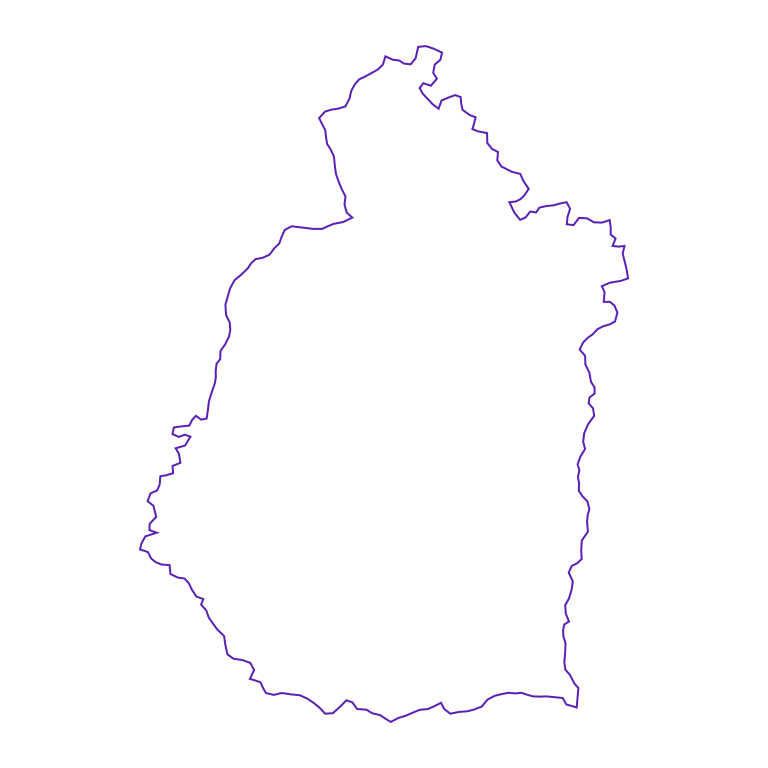 Iguatama, Minas Gerais, Brazil
{"feature_id": "56859067B53115482871784", "entity_name": "Iguatama", "entity_type": "district", "adm_level": 2, "iso_a3": "BRA", "parent_name": "Brazil", "parent_adm1": "Minas Gerais", "projection": "orthographic", "projection_center": [-45.749, -20.135], "detail": "fine", "context": "isolated", "style": "outline", "palette": "violet", "viewbox_px": 768, "rotation_deg": 0, "n_neighbors": 0, "source": "geoboundaries", "source_scale": "gbopen_adm2", "svg_char_len": 3817}
<svg xmlns="http://www.w3.org/2000/svg" viewBox="0 0 768 768"><path d="M625.0,262.6L622.7,253.7L624.5,246.0L618.5,246.6L612.6,245.9L615.6,238.4L610.7,234.6L610.7,227.1L609.7,220.1L602.0,222.6L594.0,222.3L586.9,218.3L579.0,217.9L573.6,225.1L566.8,224.3L567.5,217.0L570.1,208.7L566.6,202.2L559.2,203.7L553.8,205.3L546.8,206.0L539.4,207.6L536.0,212.5L530.3,211.5L525.4,217.6L520.1,219.8L514.3,212.6L509.4,202.2L515.4,201.6L520.5,199.2L524.5,195.2L528.7,188.9L523.5,181.1L520.2,173.9L511.6,171.7L506.6,169.1L501.5,166.6L497.3,160.4L498.0,152.0L492.1,149.0L487.3,143.0L487.1,133.1L477.9,131.3L472.4,129.1L474.1,123.5L475.6,117.2L469.9,115.2L462.5,109.8L461.1,103.0L460.7,97.1L455.2,95.1L448.3,97.6L441.5,100.5L438.6,108.7L432.4,104.0L427.7,98.9L422.9,93.9L419.6,88.1L423.3,83.2L430.9,85.7L436.9,78.7L433.2,72.8L434.7,64.6L440.3,59.9L442.1,52.7L433.2,48.5L425.8,46.1L418.2,46.9L415.6,58.3L410.7,64.3L404.0,63.6L399.2,60.5L393.1,59.8L385.4,56.4L382.9,64.6L378.0,69.4L372.7,72.4L365.2,76.5L359.1,79.4L354.8,84.5L351.3,90.7L349.5,98.6L345.4,106.4L338.4,108.6L331.6,109.6L325.0,111.6L319.1,118.1L322.1,124.1L325.3,130.3L325.9,136.1L327.1,143.9L330.9,149.9L333.9,156.4L334.8,165.3L336.0,174.1L338.7,181.7L341.9,189.5L345.5,196.4L344.5,204.3L346.6,212.5L352.3,217.6L343.3,222.0L333.5,223.9L327.7,226.3L322.1,228.9L313.2,228.9L305.0,227.9L298.4,227.1L291.6,226.3L284.8,229.9L281.6,236.8L279.3,243.4L274.2,248.4L269.5,254.7L262.4,257.9L255.6,259.1L251.4,262.9L247.9,268.2L241.4,274.5L234.4,280.4L230.2,288.2L227.5,297.2L225.4,304.8L226.1,315.1L229.7,322.6L230.3,329.9L229.0,336.6L225.2,344.3L220.5,350.9L220.2,359.2L216.6,363.6L215.7,370.6L215.8,377.8L214.7,383.8L211.7,392.3L208.9,401.4L207.9,410.2L206.6,418.6L201.1,419.6L196.0,415.8L192.1,419.9L189.3,425.6L180.4,426.5L173.8,427.5L172.5,434.1L178.9,436.9L184.8,434.7L190.4,436.7L185.1,445.5L175.6,448.3L178.9,453.6L180.4,462.8L172.5,466.0L173.1,473.2L165.9,475.3L160.3,476.3L159.7,484.5L157.1,490.5L150.5,493.4L147.6,501.2L153.5,505.9L156.2,516.9L149.7,523.8L149.4,530.1L156.8,532.7L145.3,536.4L141.5,543.4L140.0,549.4L147.9,552.1L151.3,558.7L156.0,562.3L161.3,564.5L169.6,565.1L170.5,574.1L177.9,577.6L184.5,578.5L188.7,583.0L192.0,589.9L196.5,596.6L203.3,599.0L201.1,604.6L206.2,610.3L208.8,617.6L213.2,623.9L217.3,629.5L224.1,636.1L225.4,645.2L227.5,654.4L233.4,658.7L242.2,660.0L250.3,662.9L254.1,670.1L249.9,678.9L255.4,680.5L260.5,682.3L262.9,687.7L265.9,693.0L273.9,694.9L281.6,693.0L291.0,694.4L299.8,695.2L307.2,698.6L314.0,703.1L319.9,708.1L325.2,713.7L332.9,713.2L340.2,706.6L346.4,700.3L352.4,702.4L357.1,709.0L366.4,709.7L372.1,713.2L380.0,715.1L385.8,718.9L390.7,721.9L398.6,717.9L405.8,715.7L412.9,712.6L419.9,709.8L427.8,709.0L433.1,706.8L441.0,702.8L444.2,709.0L450.3,713.7L459.1,711.9L467.1,711.3L473.3,709.8L481.7,706.6L487.5,699.6L494.7,695.8L501.3,694.2L508.2,692.8L515.5,693.4L521.5,692.8L527.3,694.8L533.0,696.4L539.4,696.6L546.5,696.4L555.0,697.2L562.7,698.0L566.3,704.4L576.7,707.5L577.5,698.2L578.4,688.0L574.4,683.6L570.1,675.1L565.4,669.7L564.3,661.9L565.2,652.1L565.5,643.4L563.4,636.4L563.1,630.1L564.3,624.5L569.0,621.5L565.8,613.8L565.2,605.2L569.0,598.4L571.7,589.2L572.8,581.3L568.7,572.6L571.7,566.0L577.3,563.2L581.7,559.0L581.2,550.4L581.8,540.5L587.9,531.7L587.1,521.9L587.7,515.0L589.4,509.0L587.4,501.4L582.6,496.4L578.8,490.7L579.1,483.1L577.9,477.2L579.4,470.2L577.6,464.4L580.2,457.0L585.1,448.9L583.2,441.9L584.2,433.2L588.0,424.4L594.2,415.8L593.0,408.3L588.6,403.3L589.5,397.5L594.6,393.5L594.6,387.6L591.0,381.8L589.3,372.4L585.4,364.6L585.1,355.7L579.7,349.7L583.1,342.5L587.4,338.1L592.7,334.3L597.2,329.4L602.9,326.4L609.7,324.4L615.0,321.5L617.4,312.6L614.4,305.5L609.9,301.9L603.7,301.9L604.6,292.2L601.8,286.2L609.9,282.7L621.2,280.8L628.0,278.4L626.8,270.4L625.0,262.6Z" fill="none" stroke="#5b21b6" stroke-width="2"/></svg>